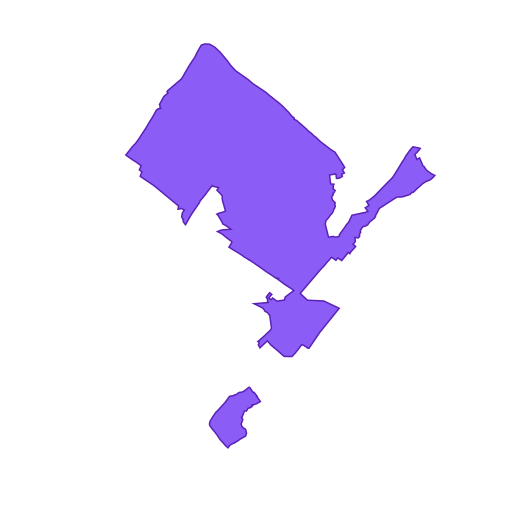 the district of San Martín de las Pirámides, México, Mexico, rotated 15°
{"feature_id": "50627088B75839204947328", "entity_name": "San Martín de las Pirámides", "entity_type": "district", "adm_level": 2, "iso_a3": "MEX", "parent_name": "Mexico", "parent_adm1": "México", "projection": "mercator", "projection_center": [-98.819, 19.696], "detail": "fine", "context": "isolated", "style": "filled", "palette": "violet", "viewbox_px": 512, "rotation_deg": 15, "n_neighbors": 0, "source": "geoboundaries", "source_scale": "gbopen_adm2", "svg_char_len": 6078}
<svg xmlns="http://www.w3.org/2000/svg" viewBox="0 0 512 512"><g transform="rotate(15 256 256)"><path d="M348.7,174.7L352.0,177.9L349.0,181.2L352.0,183.5L352.6,184.0L350.6,185.4L338.1,191.8L338.1,192.4L337.6,194.6L337.0,198.1L336.6,199.6L335.2,202.5L333.7,207.0L333.0,208.6L331.2,213.3L331.1,215.4L331.0,215.7L328.5,217.0L327.4,217.2L325.7,217.1L324.4,217.5L322.4,218.6L321.1,218.9L314.7,207.4L314.4,203.7L316.3,200.1L316.8,198.5L318.7,194.4L319.1,192.0L319.1,190.7L319.7,189.0L319.6,188.6L319.7,187.3L318.6,185.5L318.8,184.1L317.6,183.5L316.9,183.0L315.0,181.8L314.8,181.0L313.9,179.9L314.0,178.8L314.0,178.5L314.6,177.4L314.3,177.1L314.6,176.1L314.6,175.5L314.4,175.5L314.8,175.0L315.3,173.6L315.3,173.2L315.5,172.2L313.0,171.1L312.8,169.3L312.6,169.2L312.5,168.3L312.7,166.5L309.7,167.1L308.6,165.1L306.1,158.8L307.8,157.9L309.8,157.1L311.6,156.0L312.4,157.1L313.3,159.5L313.5,160.1L314.1,160.2L315.6,159.5L316.7,158.9L317.6,158.1L318.2,157.4L318.8,156.6L317.6,154.9L319.9,152.9L317.2,150.4L317.6,149.8L318.7,147.4L305.5,135.3L300.4,133.7L288.8,128.9L284.7,126.7L282.9,125.7L281.4,125.2L277.6,123.1L275.8,122.4L274.0,121.6L272.0,120.4L265.8,117.3L262.2,115.6L260.4,114.6L257.2,114.1L257.3,112.9L254.4,111.6L250.1,108.6L242.9,104.4L239.0,102.4L236.5,101.3L234.6,100.6L229.6,98.3L227.5,97.5L224.0,95.7L223.1,95.3L208.2,90.3L203.2,87.8L188.3,82.3L182.0,78.3L178.0,75.0L168.9,68.6L162.0,64.9L156.8,63.5L155.9,63.5L151.5,64.5L148.6,66.4L146.5,74.2L145.4,80.0L144.3,83.1L142.5,88.4L139.6,98.9L139.7,99.0L138.2,104.1L137.7,104.9L127.9,119.1L127.5,120.4L128.8,121.3L125.6,125.9L125.2,127.9L123.5,134.7L123.6,134.9L124.1,135.2L124.6,136.1L124.7,136.5L124.6,136.9L125.8,137.9L123.4,139.1L123.5,139.4L122.4,140.4L122.1,140.8L121.9,141.3L121.2,144.5L120.5,147.1L119.4,151.1L118.6,153.4L116.5,161.1L114.4,167.3L112.2,174.2L111.2,176.6L110.5,178.5L109.0,181.0L107.8,183.5L105.1,189.9L104.1,192.1L105.6,192.8L112.3,195.2L115.7,196.2L121.7,198.6L121.0,203.0L124.0,204.2L123.5,209.0L137.4,213.8L140.7,215.1L167.8,227.5L168.3,227.7L168.5,231.0L170.5,230.2L171.3,229.4L174.9,230.1L174.1,232.2L173.6,233.9L173.9,234.5L174.0,234.9L173.9,235.3L174.0,235.5L173.8,235.7L173.9,236.0L174.1,236.4L174.1,237.4L174.5,237.9L174.7,238.2L175.6,239.1L175.9,239.5L176.4,239.7L176.5,240.2L176.6,241.2L177.0,241.8L179.4,243.8L179.9,244.0L180.0,243.2L182.4,234.2L183.6,230.3L187.6,219.0L187.7,217.4L191.0,210.2L192.5,206.3L195.5,199.3L196.5,199.8L202.1,199.6L201.2,202.5L207.8,206.5L208.1,208.1L208.9,210.3L210.1,212.5L214.9,220.5L213.0,222.0L210.5,223.4L208.2,224.9L207.3,225.8L208.6,226.4L209.3,227.0L209.8,227.6L211.9,229.5L214.1,231.7L215.7,233.7L218.4,234.2L224.9,236.6L223.2,237.3L217.9,239.0L215.8,240.0L214.3,240.9L212.5,242.4L214.5,242.7L217.9,243.7L223.4,246.2L228.6,248.2L229.1,249.3L227.6,254.5L232.2,255.9L238.9,257.8L242.2,258.9L245.2,260.1L247.9,260.8L250.1,261.6L250.1,261.4L250.7,261.5L264.7,266.5L269.9,268.5L277.6,271.0L280.6,272.2L281.1,272.2L282.1,271.9L284.2,271.7L282.7,272.7L291.3,276.1L296.3,277.7L301.0,279.3L301.4,279.6L294.8,288.1L294.9,291.1L287.9,294.2L282.9,292.3L281.9,294.3L279.2,293.2L279.7,292.2L281.2,289.0L278.7,287.9L277.2,291.2L277.5,291.3L276.5,293.1L278.4,294.8L278.6,296.0L279.2,297.3L279.7,297.8L266.5,302.6L275.8,304.5L276.3,304.7L276.9,305.3L277.6,305.6L279.1,307.2L281.7,307.6L284.7,310.0L289.7,321.8L289.0,324.0L284.3,331.7L279.9,338.2L281.2,338.5L281.5,340.2L281.2,341.2L283.6,343.7L288.9,335.0L293.7,338.3L299.0,340.7L308.4,345.3L309.3,345.7L316.8,343.8L319.0,339.6L321.1,334.9L323.1,329.8L323.7,330.0L324.4,329.8L325.0,329.9L327.2,330.7L328.1,330.7L329.2,331.4L329.9,331.6L330.4,331.6L331.0,331.4L333.2,325.3L337.4,313.2L349.9,285.0L333.1,281.9L317.1,285.4L308.4,280.7L322.2,251.7L324.6,247.4L326.2,243.8L329.4,237.6L334.3,239.5L335.4,236.7L340.0,238.2L344.0,229.2L343.9,228.7L344.2,228.6L346.1,229.5L346.2,229.2L346.0,228.6L349.8,221.0L346.8,219.5L348.2,216.3L346.8,212.4L350.1,212.1L351.0,210.3L350.9,209.7L350.6,209.6L350.3,207.6L351.0,206.4L350.8,205.6L350.1,204.4L350.8,202.5L350.8,201.9L351.7,200.1L353.8,198.9L355.7,197.2L357.4,192.9L358.4,192.0L360.1,189.4L360.6,189.0L361.2,186.8L361.0,185.9L361.4,184.2L361.5,184.1L362.7,178.4L363.0,177.9L375.2,164.4L377.2,162.4L379.0,162.0L381.1,161.4L382.1,160.9L383.1,160.4L388.7,156.8L390.4,153.9L391.1,154.0L392.1,152.8L393.9,149.6L396.0,146.4L397.1,144.9L397.9,143.5L399.3,141.8L401.1,139.9L403.2,138.5L404.4,137.4L405.5,136.2L407.0,133.7L407.9,131.9L404.0,131.1L400.2,129.7L398.6,128.9L397.2,127.9L395.2,126.1L394.2,126.0L388.6,118.9L386.4,121.1L384.6,118.7L383.2,116.7L384.5,114.6L385.9,111.8L386.8,109.6L385.5,109.5L379.3,109.9L377.2,114.2L374.9,120.3L374.2,123.1L373.9,124.5L373.2,126.3L370.2,136.5L368.6,141.7L367.6,144.7L366.1,147.5L363.3,152.3L354.9,167.4L351.4,172.2L350.6,173.0L348.7,174.7ZM283.7,384.5L282.6,385.1L282.1,386.1L281.4,387.1L279.2,389.8L277.1,391.5L275.7,391.8L275.2,392.1L273.8,393.5L272.6,395.1L271.9,395.6L270.9,395.9L270.7,396.3L269.7,397.1L267.8,397.8L266.8,398.5L266.5,399.0L264.0,405.6L262.6,408.2L258.6,416.0L257.9,416.9L257.2,418.7L255.7,423.0L255.2,425.0L254.5,426.9L254.4,428.6L254.5,430.1L254.9,431.3L256.0,432.4L259.2,435.0L261.3,436.3L265.1,439.3L268.3,442.2L270.0,443.3L276.5,447.6L278.7,448.5L279.5,446.1L280.0,445.3L281.0,444.2L282.3,443.1L283.6,442.1L286.8,438.7L288.1,436.9L289.2,436.0L290.5,434.6L292.5,432.7L292.7,431.0L292.7,429.6L291.1,426.6L290.7,426.1L289.8,425.6L288.6,425.5L287.4,424.8L286.5,424.2L286.2,424.0L285.7,422.9L285.1,422.2L285.1,421.6L285.4,420.1L285.4,419.2L285.6,418.2L285.6,417.7L285.5,417.3L285.1,416.8L284.0,416.2L283.8,415.6L284.3,415.3L284.4,413.7L284.8,410.5L284.8,409.2L285.4,408.5L286.8,408.3L287.4,406.7L287.6,405.4L287.8,404.9L288.2,404.7L288.8,404.7L289.7,404.0L289.9,403.8L289.9,403.2L290.6,403.1L291.0,402.8L291.1,402.5L291.0,402.0L290.9,401.7L290.6,401.5L290.6,401.1L290.7,400.8L291.2,400.6L291.7,400.9L291.9,400.8L292.3,400.1L295.0,398.5L295.1,398.2L295.6,397.5L297.0,396.6L297.9,395.4L293.1,391.5L293.4,391.2L289.4,388.2L288.9,388.6L288.2,388.2L284.7,385.2L283.7,384.5Z" fill="#8b5cf6" stroke="#5b21b6" stroke-width="1.5"/></g></svg>